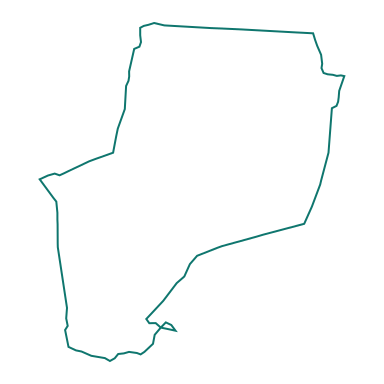 Igreja Nova, Alagoas, Brazil (Natural Earth projection)
{"feature_id": "56859067B76212973788295", "entity_name": "Igreja Nova", "entity_type": "district", "adm_level": 2, "iso_a3": "BRA", "parent_name": "Brazil", "parent_adm1": "Alagoas", "projection": "natural_earth1", "projection_center": [-36.632, -10.154], "detail": "fine", "context": "isolated", "style": "outline", "palette": "teal", "viewbox_px": 384, "rotation_deg": 0, "n_neighbors": 0, "source": "geoboundaries", "source_scale": "gbopen_adm2", "svg_char_len": 1250}
<svg xmlns="http://www.w3.org/2000/svg" viewBox="0 0 384 384"><path d="M160.8,327.6L155.7,323.1L149.3,323.2L146.3,319.0L163.2,300.9L176.7,283.1L184.3,276.5L189.9,264.1L197.1,255.8L217.4,247.8L222.1,246.1L256.7,236.6L263.1,234.7L304.2,223.8L311.9,206.6L320.2,184.5L321.1,180.6L328.5,152.7L331.9,108.2L336.5,105.9L338.1,101.8L338.7,97.3L339.2,90.9L344.3,76.1L340.9,75.4L336.8,75.9L332.8,74.8L327.7,74.3L323.6,73.0L321.5,68.1L322.2,63.8L321.1,54.8L317.2,45.8L315.1,39.9L313.1,33.3L293.6,32.3L241.0,29.4L221.5,28.5L211.3,28.1L164.3,25.4L154.1,23.0L148.5,24.8L143.8,25.9L140.2,27.8L140.2,35.3L141.0,42.1L139.4,46.7L134.2,48.9L129.1,71.4L129.2,76.5L128.5,80.8L126.1,86.0L124.8,109.1L117.8,128.6L116.1,136.8L113.1,152.7L100.5,157.2L96.2,158.7L89.2,161.3L68.7,171.0L64.0,173.3L59.6,175.3L54.7,173.6L48.0,175.5L39.7,179.3L53.4,197.9L56.3,201.6L57.4,212.8L57.4,219.6L57.6,224.2L57.7,243.1L57.8,247.2L67.0,307.9L66.2,318.4L67.7,325.9L65.1,330.0L68.5,346.9L76.0,350.4L81.5,351.5L91.3,355.8L104.9,358.1L109.9,361.0L114.7,358.3L118.2,354.0L123.8,353.4L129.0,351.9L136.9,353.0L140.6,354.4L144.4,351.9L153.0,343.8L154.7,334.8L160.8,327.6ZM160.8,327.6L167.2,328.9L175.5,330.7L171.3,325.0L165.8,322.4L160.8,327.6Z" fill="none" stroke="#0f766e" stroke-width="2"/></svg>